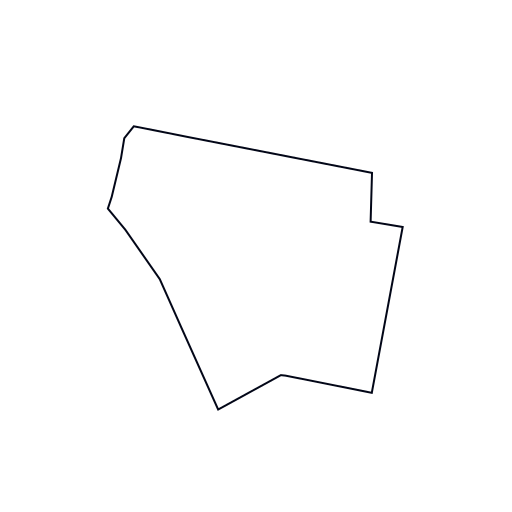 Bell, Texas, United States of America (orthographic projection), rotated 42°
{"feature_id": "52423323B38294551325831", "entity_name": "Bell", "entity_type": "district", "adm_level": 2, "iso_a3": "USA", "parent_name": "United States of America", "parent_adm1": "Texas", "projection": "orthographic", "projection_center": [-97.615, 31.036], "detail": "fine", "context": "isolated", "style": "outline", "palette": "ink", "viewbox_px": 512, "rotation_deg": 42, "n_neighbors": 0, "source": "geoboundaries", "source_scale": "gbopen_adm2", "svg_char_len": 388}
<svg xmlns="http://www.w3.org/2000/svg" viewBox="0 0 512 512"><g transform="rotate(42 256 256)"><path d="M81.2,239.7L78.4,241.4L79.3,256.6L90.2,273.6L109.2,308.6L114.2,319.9L141.2,323.9L200.0,337.6L247.2,358.6L330.6,395.4L354.2,327.9L357.9,325.2L433.6,280.2L345.6,136.3L318.2,153.8L286.6,116.6L124.5,213.9L106.8,224.4L81.2,239.7Z" fill="none" stroke="#020617" stroke-width="2"/></g></svg>